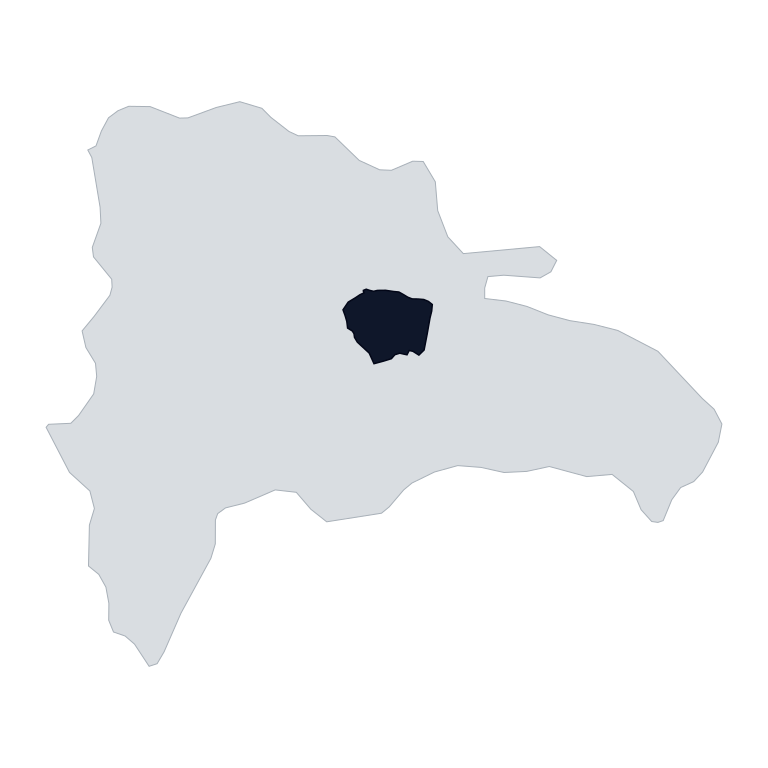 Dominican Republic, with Sánchez Ramírez highlighted
{"feature_id": "DOM-1395", "entity_name": "Sánchez Ramírez", "entity_type": "Province", "adm_level": 1, "iso_a3": "DOM", "parent_name": "Dominican Republic", "parent_adm1": "", "projection": "equal_earth", "projection_center": [-70.165, 19.005], "detail": "fine", "context": "in_parent", "style": "filled", "palette": "ink", "viewbox_px": 768, "rotation_deg": 0, "n_neighbors": 0, "source": "natural_earth", "source_scale": "10m", "svg_char_len": 2079}
<svg xmlns="http://www.w3.org/2000/svg" viewBox="0 0 768 768"><path d="M88.5,566.0L89.4,525.1L94.4,508.5L89.9,491.0L69.5,472.4L57.1,448.5L46.1,427.3L48.6,424.3L70.8,423.3L78.6,415.5L93.7,393.9L96.7,376.4L95.5,363.3L85.9,347.5L82.1,330.9L94.1,316.4L109.9,295.3L112.1,287.2L111.7,279.2L93.5,256.9L92.3,247.4L100.9,223.3L100.1,207.3L91.8,157.5L87.8,150.0L96.0,145.9L101.4,131.0L108.5,117.8L118.0,110.7L128.7,106.3L150.1,106.6L179.5,118.1L187.9,117.9L216.2,107.5L239.8,101.7L261.9,108.3L270.8,117.3L289.0,131.5L298.2,135.8L327.1,135.5L334.9,136.9L359.2,160.4L379.6,169.8L391.4,170.3L412.7,161.2L423.2,161.5L435.3,181.8L437.7,210.6L447.8,236.8L463.3,253.6L539.6,246.6L556.7,260.4L550.9,271.8L540.1,277.9L503.8,275.2L487.9,276.6L484.7,288.0L484.7,298.5L505.9,301.0L526.8,306.4L548.0,314.8L569.6,320.6L593.9,324.4L617.9,330.5L657.9,351.3L702.2,398.4L714.1,409.2L721.9,424.0L718.3,442.2L702.6,472.0L693.7,481.6L680.7,487.5L671.8,499.7L663.2,520.6L657.9,522.4L651.7,521.5L641.1,509.7L633.4,491.5L612.1,474.4L586.7,476.6L549.3,466.5L526.7,471.4L504.1,472.5L481.0,467.4L457.7,465.6L434.5,472.0L412.0,483.0L403.7,489.9L389.2,506.9L381.5,513.2L326.7,521.8L310.9,509.3L296.3,492.3L275.2,489.9L244.6,503.1L225.5,507.9L217.7,513.6L215.4,520.0L215.3,543.9L210.9,558.3L181.0,613.1L164.1,651.8L157.1,663.7L149.1,666.3L134.5,644.1L125.1,636.0L113.5,632.0L108.7,620.2L108.9,603.4L105.9,587.1L98.8,574.4L88.5,566.0Z" fill="#d9dde1" stroke="#a8b0b8" stroke-width="1"/><path d="M374.0,363.7L369.2,353.1L361.3,345.8L357.4,342.2L354.5,337.4L354.0,333.7L352.3,331.0L347.6,328.1L346.8,321.4L345.1,315.6L343.0,309.8L348.2,302.1L355.5,297.7L360.0,294.7L364.1,292.8L363.8,292.1L363.4,291.4L363.3,290.4L362.8,290.6L366.2,289.2L369.8,290.4L373.6,291.3L377.4,290.4L385.6,290.3L393.7,291.5L398.9,292.0L403.7,294.7L407.8,297.2L412.2,298.9L417.9,299.0L423.8,299.5L428.4,301.4L432.3,304.5L431.7,311.1L430.0,318.0L427.2,333.9L424.1,350.0L418.9,355.1L412.9,351.3L409.2,350.5L407.0,354.8L403.7,354.1L399.8,353.2L394.9,354.7L391.4,358.7L383.6,361.1L374.0,363.7Z" fill="#0f172a" stroke="#020617" stroke-width="1.5"/></svg>